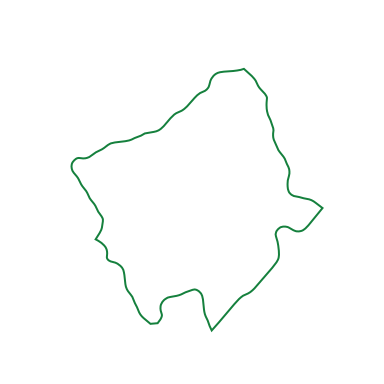 outline of Castillo, Duarte, Dominican Republic, rotated 310°
{"feature_id": "3306468B31891639272972", "entity_name": "Castillo", "entity_type": "district", "adm_level": 2, "iso_a3": "DOM", "parent_name": "Dominican Republic", "parent_adm1": "Duarte", "projection": "mercator", "projection_center": [-70.034, 19.235], "detail": "fine", "context": "isolated", "style": "outline", "palette": "green", "viewbox_px": 384, "rotation_deg": 310, "n_neighbors": 0, "source": "geoboundaries", "source_scale": "gbopen_adm2", "svg_char_len": 2934}
<svg xmlns="http://www.w3.org/2000/svg" viewBox="0 0 384 384"><g transform="rotate(310 192 192)"><path d="M319.7,152.6L317.0,150.9L314.0,148.4L311.1,145.7L304.7,139.1L301.8,136.5L299.7,135.1L297.4,134.2L295.0,133.8L291.4,134.0L289.1,134.6L285.3,136.4L283.3,137.2L282.2,137.4L280.0,137.4L277.8,136.9L273.0,134.6L269.5,133.8L265.8,133.5L254.4,133.2L250.7,132.7L248.4,132.1L247.3,131.7L242.3,129.3L239.9,128.6L234.7,128.1L224.1,128.0L220.2,127.5L217.8,126.8L215.5,125.6L213.5,124.1L206.5,118.2L202.4,116.7L196.5,113.4L193.3,112.0L191.1,110.7L188.1,108.3L180.3,101.0L177.1,98.6L176.0,98.1L173.7,97.3L169.1,96.3L166.8,95.6L160.7,92.9L152.7,90.8L150.7,89.7L149.0,88.4L147.6,86.8L145.4,83.5L144.7,82.8L143.8,82.2L142.8,81.8L140.6,81.4L138.3,81.4L137.2,81.6L136.1,82.0L134.2,83.2L132.6,84.9L131.4,86.8L130.7,89.1L129.9,93.7L129.3,96.0L126.6,102.2L125.9,104.5L124.7,110.3L123.9,112.5L121.5,117.6L120.9,119.9L120.0,124.6L119.3,126.9L116.6,132.9L115.2,138.4L114.4,140.4L113.8,141.3L112.2,142.6L106.8,145.9L104.7,146.8L101.2,147.6L93.8,148.6L94.4,151.6L94.8,155.4L94.6,159.1L94.1,161.4L93.1,163.5L91.8,165.2L90.3,166.6L87.3,168.7L86.7,169.4L86.3,170.3L86.1,171.3L86.1,172.3L86.5,174.2L88.6,178.7L89.2,181.0L89.4,184.6L89.1,187.0L88.2,189.4L86.7,191.5L85.0,193.5L78.6,200.2L77.0,202.2L75.7,204.5L74.9,206.7L73.9,211.4L73.3,213.7L70.2,219.6L68.4,223.9L65.8,228.9L65.0,231.1L64.5,233.5L64.3,236.0L64.3,244.9L69.4,250.0L74.1,249.7L76.2,249.2L77.2,248.8L78.1,248.3L78.8,247.6L81.0,244.3L82.4,242.8L84.1,241.5L85.1,240.9L86.2,240.5L88.6,240.0L91.0,240.0L92.2,240.2L94.5,240.9L95.7,241.4L97.7,242.9L102.6,247.0L104.6,248.4L106.7,249.6L111.0,251.5L117.4,255.3L119.0,256.6L119.6,257.6L120.0,258.6L120.4,260.8L120.2,263.1L120.0,264.3L119.0,266.5L116.8,269.4L109.8,276.6L108.2,278.4L106.7,280.4L105.5,282.5L103.6,286.7L100.7,291.6L98.6,296.1L109.4,296.4L133.3,296.5L140.2,296.8L142.9,297.2L145.4,297.8L150.4,300.2L152.8,301.0L155.5,301.5L158.2,301.8L185.4,302.2L192.5,301.9L195.2,301.4L196.5,301.0L197.7,300.4L199.8,299.0L202.8,296.3L206.4,292.5L208.9,289.5L212.1,284.7L213.4,283.2L215.4,282.2L216.4,281.9L218.7,281.8L221.0,282.2L222.1,282.6L223.9,283.9L225.4,285.6L226.5,287.5L226.9,288.6L227.9,294.2L228.6,296.4L229.1,297.4L230.5,299.2L232.2,300.6L233.2,301.2L234.4,301.7L237.0,302.3L241.2,302.6L263.6,302.3L263.2,293.6L263.0,291.1L262.5,288.7L261.7,286.5L259.0,281.6L257.0,277.3L254.4,272.6L253.9,270.4L253.8,269.2L254.1,266.8L254.6,265.7L255.9,263.6L257.6,261.8L259.5,260.1L262.5,257.9L266.7,255.9L268.7,254.8L270.4,253.4L271.9,251.8L273.1,249.8L274.5,246.6L277.1,241.7L277.8,239.5L279.0,233.6L279.6,231.3L284.6,221.1L285.9,219.3L287.4,217.8L289.0,216.5L291.6,214.8L293.0,213.3L297.5,205.9L299.9,200.7L302.1,197.6L303.8,195.7L306.5,193.2L308.4,191.7L311.8,189.3L312.6,188.6L313.1,187.7L313.5,186.7L314.1,184.6L314.8,178.7L315.2,176.4L315.9,174.2L318.2,169.2L318.8,166.8L319.3,163.1L319.7,152.6Z" fill="none" stroke="#15803d" stroke-width="2"/></g></svg>